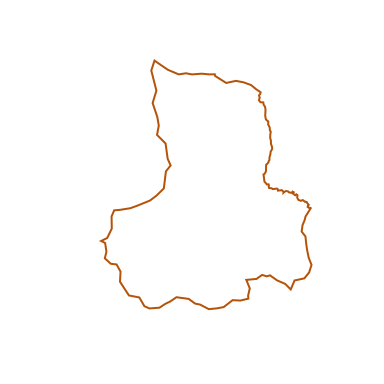 Salamiou, Paphos, Cyprus, rotated 61°
{"feature_id": "46923920B63120979546184", "entity_name": "Salamiou", "entity_type": "district", "adm_level": 2, "iso_a3": "CYP", "parent_name": "Cyprus", "parent_adm1": "Paphos", "projection": "albers", "projection_center": [32.682, 34.831], "detail": "fine", "context": "isolated", "style": "outline", "palette": "amber", "viewbox_px": 384, "rotation_deg": 61, "n_neighbors": 0, "source": "geoboundaries", "source_scale": "gbopen_adm2", "svg_char_len": 2106}
<svg xmlns="http://www.w3.org/2000/svg" viewBox="0 0 384 384"><g transform="rotate(61 192 192)"><path d="M138.0,83.6L133.2,86.1L127.1,88.5L121.0,93.8L116.1,99.7L113.2,109.2L101.8,115.5L100.1,115.0L97.5,119.9L93.2,126.2L89.2,134.9L85.2,139.8L82.7,146.6L73.5,153.8L66.8,157.2L58.9,161.1L66.0,168.7L86.1,174.0L95.1,183.3L109.7,186.0L117.9,188.9L125.1,194.9L136.8,191.6L151.2,197.2L158.4,197.8L161.3,204.8L175.2,214.9L177.9,224.6L179.1,232.9L177.5,246.1L176.3,253.7L172.8,263.4L170.3,269.0L171.2,270.1L174.4,274.2L185.1,279.9L191.1,288.4L190.8,295.2L194.5,292.7L202.8,295.8L207.7,300.4L215.3,297.9L218.8,293.1L227.0,293.1L235.6,298.5L251.9,297.3L258.7,289.2L268.8,289.0L273.2,285.7L277.4,276.6L276.9,269.6L277.2,264.2L276.5,256.6L283.9,246.7L291.1,243.4L294.4,239.5L302.6,234.1L305.9,226.5L308.0,220.1L306.3,208.9L310.4,202.3L312.6,194.4L309.9,193.2L304.3,188.2L295.2,187.1L299.3,177.7L298.5,170.9L302.0,167.5L302.7,164.2L310.6,160.4L317.6,155.0L325.1,152.9L319.1,145.2L322.0,135.6L319.1,128.5L313.7,122.8L306.0,121.8L298.1,119.3L292.7,117.2L285.8,114.3L279.8,115.3L274.6,111.4L271.1,107.0L268.4,104.5L265.3,98.8L263.7,96.0L263.4,96.0L262.8,97.2L261.2,98.1L260.2,97.3L260.4,96.9L259.7,96.1L257.5,96.6L256.5,96.5L255.2,97.7L255.3,97.9L252.8,99.0L252.4,101.2L250.4,102.8L247.9,102.7L245.9,101.3L244.6,101.9L244.9,103.3L242.0,104.6L241.5,103.2L240.4,103.9L241.1,105.3L239.2,107.5L238.3,107.5L237.0,108.9L236.6,109.8L236.8,111.4L237.0,112.4L236.4,112.0L235.7,112.0L233.8,112.6L233.8,112.9L232.5,116.1L231.2,115.6L230.3,115.9L228.6,120.0L227.5,120.5L226.9,121.1L226.3,122.1L225.7,122.7L224.5,122.3L223.5,121.5L222.4,121.3L221.7,122.9L220.7,123.0L218.0,123.6L211.3,120.9L211.3,119.7L209.9,117.4L204.2,114.0L203.3,110.9L202.2,110.0L201.5,108.7L200.6,108.2L199.1,107.3L196.8,105.0L194.9,103.7L193.2,101.0L191.3,100.1L188.1,99.6L185.4,98.1L182.6,97.4L179.6,95.6L177.5,93.9L175.9,94.0L173.3,92.8L169.7,92.6L167.3,91.1L164.4,92.2L161.0,91.1L157.6,89.0L155.5,87.7L152.8,86.8L150.3,87.0L148.2,86.2L146.7,88.6L144.1,89.0L142.3,87.0L140.0,86.6L139.2,84.6L138.0,83.6Z" fill="none" stroke="#b45309" stroke-width="2"/></g></svg>